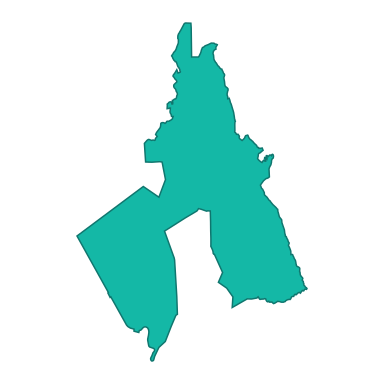 outline of Machakos Town, Eastern, Kenya
{"feature_id": "3690345B82288903067354", "entity_name": "Machakos Town", "entity_type": "district", "adm_level": 2, "iso_a3": "KEN", "parent_name": "Kenya", "parent_adm1": "Eastern", "projection": "equal_earth", "projection_center": [37.261, -1.568], "detail": "fine", "context": "isolated", "style": "filled", "palette": "teal", "viewbox_px": 384, "rotation_deg": 0, "n_neighbors": 0, "source": "geoboundaries", "source_scale": "gbopen_adm2", "svg_char_len": 6005}
<svg xmlns="http://www.w3.org/2000/svg" viewBox="0 0 384 384"><path d="M307.0,288.6L306.5,287.8L305.3,287.0L304.9,286.1L304.1,285.5L303.8,284.7L303.9,283.8L303.5,283.1L303.3,281.5L302.2,280.2L302.4,279.5L302.8,278.6L302.5,277.7L301.1,276.3L300.8,275.5L300.3,274.9L300.0,272.1L299.6,271.8L299.8,268.6L299.5,267.8L298.5,267.0L297.0,266.4L296.4,265.4L296.2,264.2L295.9,263.4L295.9,262.7L295.5,260.7L295.2,260.0L294.1,258.3L293.9,257.4L293.1,255.9L292.6,254.6L292.0,254.4L290.9,254.6L290.8,251.2L290.3,249.6L289.3,247.1L288.5,245.8L288.5,244.9L289.1,243.6L289.1,242.8L288.6,242.2L288.2,241.4L287.7,239.7L286.7,238.1L286.5,237.1L286.1,236.5L285.5,236.4L285.1,234.2L284.8,233.4L284.4,229.9L282.2,223.5L281.9,222.5L281.7,219.9L281.2,219.1L279.6,217.2L279.2,216.2L278.2,212.4L277.9,211.6L277.7,209.3L277.1,208.9L276.0,207.5L272.8,204.5L270.6,201.8L270.3,201.1L269.0,200.1L267.0,197.2L264.7,195.1L264.4,194.3L264.3,192.6L263.9,191.8L262.7,189.3L261.6,188.3L260.4,185.1L263.5,180.8L265.9,178.7L268.0,178.0L269.4,176.9L269.0,168.9L269.7,166.9L270.9,164.8L271.5,162.1L271.5,161.0L271.7,160.1L272.2,158.9L273.1,158.2L273.4,157.2L273.5,156.5L273.4,155.5L273.1,154.7L272.6,154.3L272.0,154.5L271.6,154.9L271.4,155.6L271.0,155.2L270.3,155.0L269.6,155.1L268.1,156.6L267.6,156.0L267.1,155.6L266.4,155.6L266.1,156.2L266.9,157.7L267.1,158.6L266.9,159.3L265.4,157.6L264.7,157.5L264.5,158.4L265.6,160.2L265.7,161.1L265.1,161.2L264.7,161.0L264.2,160.4L263.7,160.2L262.8,161.2L262.0,162.5L260.9,161.9L259.4,160.7L258.2,159.5L257.6,158.5L258.2,156.1L258.3,154.6L258.7,153.5L260.5,152.6L261.2,151.8L263.1,150.3L262.2,148.0L260.7,148.3L258.8,148.3L258.5,147.5L257.8,147.5L257.1,146.8L256.6,145.4L254.7,143.7L253.2,142.1L252.9,141.5L251.7,140.6L251.2,140.0L250.4,139.6L249.5,138.6L248.7,137.4L248.2,135.9L247.7,135.1L245.8,135.6L245.2,136.3L244.8,137.5L244.4,138.2L243.5,139.2L242.1,140.5L241.4,140.1L240.9,139.5L239.9,138.9L239.4,138.3L239.2,137.7L239.2,136.9L239.4,136.2L238.1,134.3L236.5,134.3L235.7,132.9L235.3,132.4L234.8,132.2L234.7,131.4L234.9,130.5L234.8,124.6L234.9,122.3L235.4,121.2L234.8,120.3L234.9,119.6L234.5,118.6L234.4,117.2L233.6,112.3L231.2,104.2L230.4,102.5L229.8,100.0L229.1,98.2L227.7,98.7L227.7,96.9L227.6,96.2L227.2,95.4L227.1,93.6L227.3,93.0L227.6,91.3L228.0,90.5L228.0,89.9L228.1,89.0L227.3,87.9L225.5,86.5L224.9,85.4L224.5,81.5L223.9,78.3L223.9,77.5L224.6,75.3L224.5,74.4L224.2,73.9L223.5,73.2L222.8,71.2L222.2,70.3L221.9,69.2L221.2,69.1L220.6,68.5L219.8,68.0L218.9,66.5L218.4,66.2L217.6,65.3L216.3,63.0L215.6,62.4L214.9,61.1L214.5,60.6L213.9,59.1L213.6,55.6L213.5,54.9L213.0,53.6L213.2,52.2L213.4,51.5L214.2,50.2L214.7,49.7L215.9,49.3L215.9,47.2L216.2,46.5L217.0,45.4L217.3,44.7L216.3,44.2L215.4,44.2L214.0,43.2L211.2,43.1L208.2,44.6L205.1,45.8L203.4,47.3L202.5,47.5L201.3,50.3L201.2,51.1L200.6,53.0L198.9,56.5L198.4,57.0L191.6,57.0L191.2,27.9L190.9,23.2L185.5,23.0L184.9,23.2L184.2,23.7L180.5,30.7L180.1,31.2L179.0,33.3L178.5,33.9L178.2,34.8L177.9,35.7L177.8,37.0L177.8,38.5L178.4,39.5L178.3,43.1L176.7,47.2L176.2,48.9L175.9,49.6L174.9,51.2L173.7,52.4L172.9,54.0L171.9,55.3L171.6,55.9L172.3,56.8L172.8,58.2L173.9,60.2L174.9,61.0L175.1,61.6L176.3,62.0L176.7,63.1L177.7,66.1L178.1,66.9L178.8,67.6L179.1,68.4L179.5,68.9L179.8,69.6L179.9,70.8L180.4,71.8L180.1,72.3L178.0,73.0L176.8,69.7L175.1,72.6L173.2,75.2L173.0,76.1L173.4,76.8L174.1,77.4L174.8,78.8L175.7,79.6L176.7,81.0L176.8,81.9L174.3,84.3L173.8,85.0L173.7,85.9L173.8,86.8L174.2,87.7L175.4,89.0L175.8,89.7L176.3,91.6L176.8,92.1L177.2,93.0L177.4,94.5L176.8,95.7L176.4,97.8L175.8,98.8L174.4,99.1L173.0,100.3L172.4,100.4L172.8,103.0L172.6,104.0L171.9,104.0L171.6,102.4L171.2,101.9L170.7,101.8L169.9,101.9L169.0,102.3L168.0,103.5L167.2,104.1L167.3,105.5L167.1,108.7L168.9,108.4L169.6,108.0L170.4,108.1L170.0,112.0L170.5,113.5L171.3,114.7L171.3,116.0L171.8,116.5L173.1,116.5L172.4,118.6L172.1,119.2L171.6,119.6L169.0,121.2L167.4,121.2L166.6,121.5L166.3,122.3L165.7,122.9L165.0,123.4L163.9,122.7L162.4,122.6L161.3,122.9L160.8,123.5L160.6,126.0L160.2,127.6L156.6,132.4L155.6,134.5L157.2,136.5L155.5,138.4L155.2,140.0L154.6,140.4L153.5,140.1L152.8,140.1L151.5,140.4L148.9,139.4L148.1,139.6L147.0,140.4L144.4,143.4L145.6,162.0L151.8,162.2L159.6,161.7L161.4,161.9L162.1,162.1L165.5,179.6L158.9,197.2L143.3,186.5L77.0,236.0L108.4,292.5L107.9,293.0L110.1,297.4L110.8,296.8L126.5,325.0L127.8,326.5L129.2,327.4L130.4,328.1L134.0,329.1L134.0,331.2L138.8,332.5L139.3,330.5L140.7,330.2L141.7,329.3L142.6,328.1L144.2,327.0L145.0,326.8L146.0,327.0L147.4,327.7L148.0,328.5L148.6,330.0L148.9,332.0L148.5,335.2L147.7,339.1L147.7,340.2L148.6,345.2L148.9,346.2L149.6,347.0L153.6,348.4L154.2,348.9L154.6,349.7L154.5,350.5L154.2,351.3L153.0,352.7L152.0,355.5L150.9,357.7L150.6,358.7L150.7,359.6L150.9,360.1L151.5,360.9L152.3,361.0L152.8,360.8L153.4,360.5L153.7,359.9L154.7,356.3L158.9,347.4L165.3,341.5L171.2,326.4L175.9,315.3L177.4,314.3L176.8,296.7L174.6,260.0L174.2,258.0L164.5,231.1L185.6,217.7L196.9,211.0L197.8,209.8L198.5,208.6L201.3,209.3L206.4,211.1L207.0,211.1L207.7,210.8L210.3,211.0L210.6,221.7L210.7,231.1L210.9,238.5L210.9,245.3L210.8,246.2L212.4,249.6L213.1,251.9L213.1,253.1L213.4,253.7L213.9,254.3L214.4,254.3L222.6,272.5L218.4,282.3L226.7,288.1L232.9,296.9L232.2,307.5L247.2,298.9L251.6,299.0L257.0,298.0L258.1,296.8L259.6,299.1L260.1,299.4L260.8,299.2L264.0,299.0L264.7,298.6L265.7,298.9L266.2,300.4L266.9,301.4L267.5,301.8L268.2,301.6L268.8,301.2L269.3,302.1L272.0,302.1L272.8,303.0L273.6,303.6L274.9,303.1L277.8,301.3L279.1,301.6L279.8,301.6L281.0,302.1L281.7,302.2L283.4,302.2L284.6,301.7L285.1,301.6L285.8,300.7L287.4,299.8L288.2,299.5L288.8,299.6L289.4,299.3L290.1,299.5L290.8,298.7L291.4,297.2L291.8,296.7L292.3,296.5L293.7,296.4L294.0,295.5L294.7,294.5L295.3,294.3L295.8,294.8L296.5,294.6L297.4,293.4L298.6,292.6L299.2,292.7L299.6,292.4L300.1,292.6L300.4,293.1L300.8,292.7L301.4,291.5L301.9,291.2L302.3,290.5L302.8,290.5L303.3,290.9L303.9,290.7L304.3,289.8L305.0,289.1L306.5,289.4L307.0,288.6Z" fill="#14b8a6" stroke="#0f766e" stroke-width="1.5"/></svg>